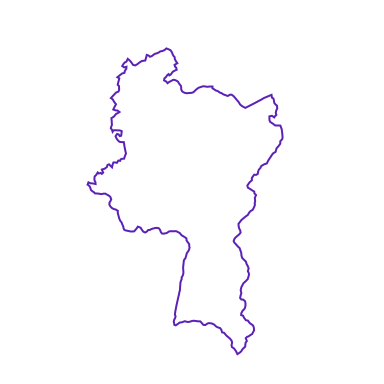 Bela Vista de Goiás, Goiás, Brazil, rotated 30°
{"feature_id": "56859067B69163020659115", "entity_name": "Bela Vista de Goiás", "entity_type": "district", "adm_level": 2, "iso_a3": "BRA", "parent_name": "Brazil", "parent_adm1": "Goiás", "projection": "natural_earth1", "projection_center": [-48.916, -16.973], "detail": "fine", "context": "isolated", "style": "outline", "palette": "violet", "viewbox_px": 384, "rotation_deg": 30, "n_neighbors": 0, "source": "geoboundaries", "source_scale": "gbopen_adm2", "svg_char_len": 5731}
<svg xmlns="http://www.w3.org/2000/svg" viewBox="0 0 384 384"><g transform="rotate(30 192 192)"><path d="M76.5,143.9L74.8,151.2L77.0,151.4L78.7,152.4L80.5,153.3L82.3,154.0L82.4,157.3L82.6,159.9L85.0,159.5L86.7,158.7L89.2,159.0L88.4,160.6L87.2,162.3L86.7,165.6L85.3,168.4L87.2,171.0L88.1,172.5L89.1,173.8L89.3,175.4L89.8,177.4L91.6,178.1L93.1,179.5L93.2,177.8L95.1,176.6L96.9,175.8L98.6,174.8L100.7,174.4L101.6,176.4L102.5,178.7L101.5,179.7L99.7,178.8L98.1,179.2L97.9,181.9L100.1,183.5L102.2,184.4L104.2,184.8L106.5,183.8L108.0,182.9L109.8,185.1L110.8,186.4L112.0,187.7L113.0,188.9L114.5,190.5L115.6,191.7L115.8,193.5L116.5,197.1L115.0,198.1L113.9,199.3L114.2,200.9L112.5,201.6L112.4,204.3L110.4,204.9L109.2,205.7L109.5,207.8L110.4,210.6L108.4,210.1L106.3,209.5L105.3,210.9L105.8,213.0L104.6,215.7L102.7,217.6L103.9,218.6L105.4,219.7L104.8,221.4L103.3,221.2L102.0,222.6L100.6,222.2L100.5,225.1L99.9,227.2L101.1,229.8L102.0,230.9L103.4,231.7L104.5,233.3L101.5,234.3L99.8,235.2L97.5,235.4L97.9,237.8L100.2,238.1L101.4,238.9L103.6,240.8L105.5,241.2L106.9,241.2L108.7,241.7L110.9,240.6L112.7,239.8L114.5,239.2L116.2,237.7L117.9,236.7L119.4,236.8L121.4,236.7L123.6,237.0L125.7,238.7L125.9,240.5L125.8,242.2L126.7,244.2L128.5,245.3L130.5,245.9L132.7,245.9L134.7,245.3L137.2,245.4L138.3,247.4L139.9,249.0L141.2,250.3L142.7,251.7L144.1,252.7L146.1,253.5L148.2,255.2L149.8,256.3L150.8,257.6L152.3,258.6L153.9,258.4L155.4,257.9L157.0,257.4L159.0,256.7L161.6,255.0L162.3,251.2L162.4,249.1L165.2,248.6L167.0,249.5L168.4,250.2L169.8,250.7L171.7,250.5L172.7,248.8L173.1,246.8L174.5,245.9L175.3,244.5L176.7,243.0L178.3,241.4L179.8,240.5L181.3,240.0L183.2,240.7L185.1,242.3L186.8,243.0L188.5,242.1L190.6,240.2L191.8,237.7L193.3,236.5L194.9,235.7L196.4,234.7L198.1,233.8L200.4,233.7L202.1,233.7L204.0,234.5L205.3,234.7L207.3,234.7L210.3,234.9L211.5,236.7L213.6,237.7L215.6,238.5L216.6,240.2L217.6,241.2L218.2,243.1L218.4,244.7L218.1,247.6L218.8,250.1L219.4,252.6L219.1,255.0L219.7,256.6L220.6,258.5L221.4,260.4L222.1,261.9L223.4,263.9L224.3,265.2L225.2,266.7L225.8,269.1L225.7,271.1L226.5,272.3L226.9,274.5L227.2,276.1L228.2,278.1L229.0,279.8L229.9,281.7L230.8,283.4L231.1,285.0L231.8,286.8L232.4,288.9L233.5,292.4L234.2,294.6L235.2,297.8L235.9,299.8L236.5,301.5L237.3,303.9L238.6,306.9L239.9,307.8L240.4,309.6L240.5,311.9L241.1,313.5L242.1,314.6L243.3,315.9L244.6,315.6L245.9,312.9L246.6,311.2L248.1,310.2L250.4,307.5L252.4,307.0L253.7,306.5L255.2,305.2L256.2,304.0L257.7,302.7L259.4,302.0L261.8,301.0L263.9,299.9L266.1,300.6L268.2,301.4L270.0,300.6L271.2,298.1L272.2,297.1L274.6,296.0L277.4,295.7L280.1,296.4L281.6,296.4L284.4,295.8L286.4,296.7L288.2,298.5L290.2,297.9L291.6,298.4L293.7,299.2L296.7,299.7L298.3,300.0L300.7,301.0L302.0,302.3L302.9,305.0L304.1,306.3L306.7,306.5L309.4,307.7L312.4,309.7L313.7,307.1L314.3,305.3L314.3,303.1L314.8,301.2L315.4,299.4L313.8,295.9L314.0,293.6L311.6,291.7L312.1,289.9L313.2,288.8L313.8,287.2L315.1,284.9L315.0,283.1L314.9,280.7L313.3,278.5L311.7,277.1L309.6,276.8L308.2,276.8L306.3,276.2L304.9,275.4L302.7,276.1L299.8,274.8L298.1,273.6L296.1,274.0L295.3,272.3L295.2,269.4L295.8,267.5L295.8,265.9L295.2,263.8L294.0,261.7L292.6,260.1L290.2,259.6L288.4,260.4L286.7,259.8L285.9,257.6L285.3,254.9L283.2,252.6L282.3,249.5L282.2,245.1L283.0,242.8L283.8,239.6L283.1,236.5L282.5,234.7L281.4,233.6L279.9,232.6L279.3,229.9L277.4,228.3L275.2,227.0L273.5,225.3L270.9,224.7L268.4,224.0L266.7,222.4L265.0,220.0L263.0,218.3L261.2,216.7L259.1,216.3L256.5,215.4L253.9,214.6L252.6,213.7L252.2,211.6L252.4,209.8L253.3,207.2L254.0,205.4L254.4,202.9L252.9,201.1L251.2,200.1L249.6,198.4L248.2,196.4L248.8,191.6L249.8,188.8L250.7,186.4L251.8,184.0L251.8,181.0L252.4,178.9L253.5,177.1L253.3,173.7L252.9,171.6L251.9,170.5L251.5,168.7L249.3,165.6L249.0,162.6L246.8,162.0L245.7,160.5L243.8,160.5L241.8,160.4L240.0,160.3L238.2,160.3L236.7,158.7L237.0,154.9L238.0,151.9L236.8,149.9L237.0,147.9L237.2,145.9L239.0,145.1L239.9,143.4L239.2,141.7L238.7,139.5L239.2,136.9L239.0,134.9L240.8,131.7L242.5,129.9L242.3,126.3L242.5,123.4L242.7,119.4L243.1,117.5L244.3,115.6L243.4,111.9L244.0,109.0L244.3,106.0L243.1,104.0L243.7,101.0L243.0,99.2L240.2,95.2L238.2,92.7L235.3,90.3L233.2,91.4L230.8,92.8L228.0,92.4L224.7,92.2L223.2,91.1L221.2,87.8L223.2,86.0L225.9,86.3L226.0,84.6L226.5,83.1L225.0,81.6L224.2,79.3L224.1,77.1L222.4,74.7L220.7,74.5L218.7,73.7L217.2,71.8L215.7,70.3L214.0,70.3L212.3,68.1L207.2,74.8L206.2,76.7L201.2,84.7L196.1,92.5L193.2,92.6L191.0,92.4L189.6,92.0L187.3,90.7L184.3,89.7L182.5,89.0L180.7,88.4L178.9,88.0L177.5,88.0L176.2,88.8L174.9,91.0L172.0,91.5L170.1,91.8L168.2,91.6L166.2,92.0L164.1,91.7L161.7,92.2L159.6,92.0L157.9,92.0L157.0,90.4L154.6,91.8L152.9,93.1L148.8,94.8L147.1,96.7L145.6,98.4L144.8,100.1L144.1,102.1L143.4,104.8L142.0,106.4L140.0,107.7L138.1,109.1L136.3,109.7L134.4,109.9L133.0,109.7L131.3,108.5L130.2,106.6L129.1,105.5L126.9,104.7L124.6,103.4L122.7,103.4L121.0,103.6L119.7,104.2L118.3,106.4L117.0,108.5L116.4,110.0L114.3,109.2L112.0,109.3L111.3,107.3L112.0,105.4L112.1,103.3L112.8,101.6L114.1,102.3L114.9,100.8L115.2,97.6L116.2,95.8L117.6,93.8L116.1,92.2L114.5,91.8L113.3,90.6L114.9,87.8L113.1,87.0L110.8,85.6L109.4,83.8L108.0,83.4L106.6,82.6L105.1,81.3L102.7,80.0L100.4,80.1L98.0,80.5L97.3,82.7L95.9,84.7L94.3,86.0L93.4,87.8L92.4,89.3L90.9,90.7L90.1,92.3L89.3,94.3L88.0,95.9L86.2,95.5L84.3,95.9L85.1,98.7L85.8,101.5L84.2,102.7L82.9,103.9L81.8,106.0L80.8,108.6L79.5,110.8L77.4,111.4L75.3,110.4L73.5,109.6L71.5,109.1L69.8,108.8L70.0,112.0L69.0,113.4L68.6,115.7L68.6,117.8L71.0,118.0L72.6,116.3L73.5,118.1L73.3,120.8L73.9,122.6L72.3,124.2L71.3,126.5L70.0,129.9L72.2,129.9L73.1,133.1L74.0,136.3L75.8,136.7L76.9,138.5L77.8,139.9L78.1,141.8L76.5,143.9Z" fill="none" stroke="#5b21b6" stroke-width="2"/></g></svg>